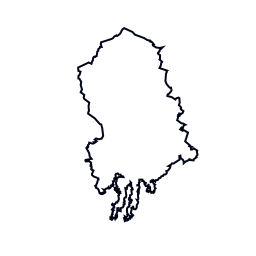 Sandefjord nor, Vestfold, Norway (Robinson projection), rotated 31°
{"feature_id": "86288312B12201330718372", "entity_name": "Sandefjord nor", "entity_type": "district", "adm_level": 2, "iso_a3": "NOR", "parent_name": "Norway", "parent_adm1": "Vestfold", "projection": "robinson", "projection_center": [10.23, 59.215], "detail": "fine", "context": "isolated", "style": "outline", "palette": "ink", "viewbox_px": 256, "rotation_deg": 31, "n_neighbors": 0, "source": "geoboundaries", "source_scale": "gbopen_adm2", "svg_char_len": 6010}
<svg xmlns="http://www.w3.org/2000/svg" viewBox="0 0 256 256"><g transform="rotate(31 128 128)"><path d="M134.6,196.1L137.2,198.5L137.8,197.9L138.8,198.5L140.2,197.8L141.2,196.0L139.8,196.2L141.2,194.4L139.0,193.5L140.2,193.3L140.1,191.7L141.4,190.4L141.7,188.7L143.0,189.6L143.8,187.9L143.0,186.3L142.1,186.0L143.5,186.1L143.5,185.6L143.7,185.2L144.0,186.2L145.0,185.3L144.8,184.0L143.7,184.1L143.4,182.2L142.6,181.5L143.3,181.0L143.1,179.5L142.2,178.4L142.8,176.4L141.3,174.5L141.4,173.4L142.7,172.2L144.1,172.7L145.7,171.8L146.7,172.7L148.9,172.0L149.4,172.4L146.1,174.1L144.0,176.7L143.9,177.6L144.2,177.0L144.3,177.7L144.8,177.7L144.7,178.4L145.6,179.4L145.4,180.5L147.1,182.7L149.1,183.7L149.0,184.5L147.4,186.0L148.0,186.3L148.3,187.7L149.8,188.0L150.2,187.4L149.6,186.0L151.3,184.8L151.8,185.0L151.1,187.9L151.5,188.6L152.9,187.9L152.5,186.6L154.2,186.6L154.6,188.0L154.3,188.5L154.6,188.4L154.2,189.2L154.9,190.2L154.5,190.9L156.8,193.6L157.3,195.6L156.7,196.4L157.2,197.3L156.1,197.9L156.1,199.8L154.4,201.3L153.8,201.0L153.6,201.8L154.4,202.3L155.1,202.3L155.3,201.7L156.3,202.0L157.3,203.4L156.5,204.3L156.3,206.1L158.1,205.9L157.6,207.2L158.3,207.7L158.3,209.1L159.2,209.6L158.8,210.6L160.2,212.6L159.3,212.6L159.6,213.6L159.0,213.7L159.7,215.0L161.5,215.0L161.9,212.3L162.8,212.3L161.9,211.1L163.6,212.4L163.2,210.7L164.3,211.3L164.5,209.9L164.1,209.1L163.2,209.0L163.5,208.7L163.3,208.0L163.3,208.5L162.6,208.4L162.9,207.7L162.2,207.3L162.0,205.4L160.1,202.4L161.0,201.6L162.3,203.3L162.8,203.3L162.7,203.6L164.6,203.1L163.0,200.5L164.4,198.7L164.5,197.4L163.6,195.9L164.4,195.2L163.9,194.1L162.7,193.9L162.9,192.4L162.3,192.4L161.4,191.2L161.0,189.6L161.9,188.7L161.3,186.7L156.7,180.9L158.3,180.6L157.2,178.2L157.8,176.6L158.6,176.8L159.2,176.3L158.4,174.9L159.0,174.1L158.2,173.1L158.6,173.2L158.5,172.7L161.0,176.7L162.4,177.1L162.8,178.4L164.3,177.8L162.7,179.3L165.3,182.6L164.9,184.3L164.4,184.7L165.4,186.2L165.0,187.4L165.3,188.5L166.0,189.0L166.3,188.6L166.5,189.2L166.2,188.3L166.8,187.8L167.6,187.7L167.6,188.5L168.0,187.8L168.4,187.9L168.2,188.4L168.9,189.6L168.9,190.9L168.2,190.7L167.8,191.6L168.6,193.5L169.3,193.8L169.3,195.2L168.5,196.2L168.8,198.0L170.9,201.1L172.0,201.7L171.9,202.3L172.8,202.2L172.7,204.7L172.2,205.4L171.0,205.4L171.6,205.9L171.3,206.4L171.7,207.2L171.2,207.4L173.2,209.3L173.7,208.1L173.1,206.6L173.8,206.5L173.9,207.3L174.4,207.2L174.3,207.7L174.6,207.4L174.7,207.9L175.1,207.6L175.7,206.3L175.4,205.2L176.0,204.7L174.9,202.4L175.5,202.3L176.5,203.3L176.4,202.1L176.8,202.2L176.3,200.8L177.2,201.4L177.4,200.2L174.3,199.6L173.0,195.8L172.1,194.8L173.1,193.9L172.6,193.0L172.9,192.8L174.7,194.5L175.9,194.1L176.4,193.3L176.5,191.8L175.2,189.6L175.3,187.2L174.8,186.1L172.9,185.1L173.4,185.0L173.3,183.3L171.3,180.8L170.7,179.6L170.9,179.2L168.8,177.6L169.2,177.1L170.2,177.3L169.5,176.0L168.4,175.9L168.3,174.6L168.9,174.3L168.4,172.7L167.0,171.7L164.8,172.9L166.6,170.9L165.5,169.3L165.9,168.3L164.8,167.6L164.3,166.5L166.8,164.9L167.5,166.1L168.3,165.4L169.9,165.9L170.2,166.6L171.5,165.9L171.9,166.7L171.5,167.9L173.2,168.6L174.8,167.7L174.7,165.3L175.5,168.0L176.9,167.1L177.4,167.5L175.8,170.3L176.4,172.5L176.9,172.6L176.9,171.9L178.0,172.1L177.7,171.3L178.7,171.0L178.8,169.6L179.8,171.2L181.2,170.3L180.8,171.0L181.3,171.5L181.8,170.4L183.1,170.7L183.4,170.1L182.7,168.8L183.3,168.7L182.3,166.2L182.6,165.5L181.4,165.2L180.1,163.2L180.3,162.6L178.5,162.5L177.3,161.4L176.3,161.6L175.3,162.7L174.8,162.0L175.3,160.6L176.3,160.5L176.3,159.6L179.0,159.9L178.6,158.5L180.3,157.2L180.4,154.9L181.5,154.0L181.5,152.2L182.8,150.9L182.6,149.6L184.2,148.3L184.5,146.6L183.0,145.1L184.2,143.8L184.6,140.4L184.1,139.1L182.4,139.7L183.9,136.8L183.9,135.8L185.3,135.0L188.5,128.6L186.4,125.5L187.1,124.7L188.8,126.7L191.5,127.0L192.9,127.9L193.9,129.5L194.6,127.2L196.7,124.1L196.6,123.2L197.7,122.9L197.9,123.4L200.9,122.0L200.4,121.0L201.9,117.7L201.1,117.1L201.4,115.2L199.2,112.9L199.0,111.7L194.8,111.6L194.3,113.2L193.2,114.0L192.2,112.9L192.5,111.3L189.9,112.0L190.0,111.0L183.9,110.0L181.8,101.0L177.1,101.1L176.2,102.3L173.4,102.3L173.6,100.1L175.3,100.4L174.5,97.8L174.7,96.5L175.4,95.7L172.7,95.8L171.4,96.5L166.1,96.0L165.6,93.5L164.8,92.5L165.6,91.6L164.8,91.3L165.4,90.6L164.7,90.4L165.4,89.7L163.6,89.4L166.3,88.5L167.1,87.0L166.8,85.0L164.6,84.9L163.3,84.4L163.3,83.5L162.1,82.7L159.8,82.2L159.3,79.7L156.7,76.0L155.7,75.9L154.2,77.5L153.9,79.2L149.7,79.0L145.2,80.3L144.7,78.9L145.6,77.1L146.0,74.1L145.9,73.2L144.1,71.3L143.5,71.9L141.6,71.6L138.4,70.4L135.9,68.5L132.6,61.8L132.4,60.0L131.6,59.4L131.9,58.7L124.1,60.4L123.9,57.4L123.0,55.2L123.2,53.7L119.7,53.0L119.8,52.2L118.0,49.1L115.3,48.8L115.0,47.9L115.5,46.0L115.0,45.1L116.1,41.0L114.1,43.0L110.7,44.5L106.9,44.4L106.4,43.9L107.1,43.0L104.7,42.1L102.9,42.4L103.1,42.0L102.1,41.6L99.1,42.7L95.6,42.6L85.9,44.4L82.3,43.4L73.3,44.4L72.4,46.5L72.7,51.3L71.5,54.4L70.5,54.5L70.6,55.0L69.2,56.3L68.9,58.6L68.1,60.1L60.8,68.4L61.4,70.1L63.7,72.1L62.2,72.9L62.6,74.0L61.9,75.7L62.8,77.4L62.3,78.2L64.1,82.5L63.0,83.6L63.2,84.0L62.1,84.6L62.0,85.6L63.1,88.4L62.9,89.0L63.6,91.8L60.6,92.1L54.1,101.9L56.1,104.6L58.3,104.2L59.1,107.2L58.7,108.9L60.0,111.1L61.2,110.9L64.3,112.7L65.2,115.4L68.7,118.6L69.0,121.7L73.5,122.2L74.4,124.8L75.6,125.6L81.7,126.2L82.9,129.5L85.8,133.6L85.8,134.8L86.4,136.2L94.4,136.8L101.8,139.1L103.3,138.8L105.9,141.3L110.8,147.6L110.9,150.6L108.6,152.8L106.0,153.4L105.4,155.1L108.0,155.5L107.5,156.8L106.1,157.7L106.9,158.1L106.0,159.5L102.3,160.5L102.9,162.1L102.5,163.1L102.9,164.5L103.6,164.6L103.6,165.3L102.6,165.7L102.6,166.6L107.6,169.5L110.0,172.3L112.7,173.2L108.1,177.2L108.3,177.9L109.0,178.4L111.7,176.5L114.0,176.7L115.8,178.9L115.1,179.1L115.6,180.0L116.4,180.6L115.4,179.4L117.0,180.2L117.8,181.9L116.8,181.8L118.2,182.5L120.3,182.2L120.8,186.1L121.6,186.9L123.8,187.2L128.5,186.4L129.0,187.0L128.7,187.1L129.9,191.4L130.0,193.3L130.5,194.0L129.8,194.6L131.6,195.8L133.0,195.5L134.6,196.1Z" fill="none" stroke="#020617" stroke-width="2"/></g></svg>